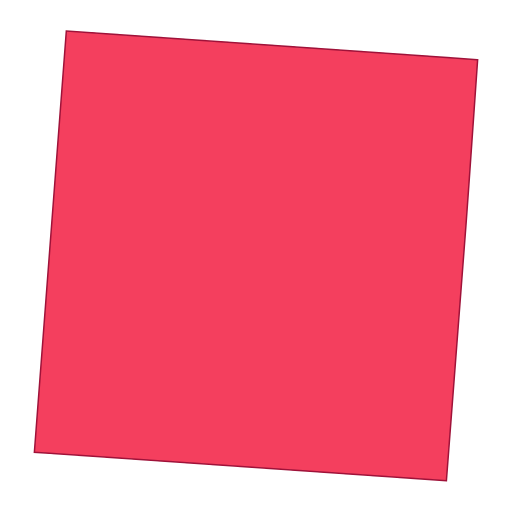 outline of Graham, Kansas, United States of America, rotated 4°
{"feature_id": "52423323B5145566427534", "entity_name": "Graham", "entity_type": "district", "adm_level": 2, "iso_a3": "USA", "parent_name": "United States of America", "parent_adm1": "Kansas", "projection": "equal_earth", "projection_center": [-99.853, 39.35], "detail": "fine", "context": "isolated", "style": "filled", "palette": "rose", "viewbox_px": 512, "rotation_deg": 4, "n_neighbors": 0, "source": "geoboundaries", "source_scale": "gbopen_adm2", "svg_char_len": 269}
<svg xmlns="http://www.w3.org/2000/svg" viewBox="0 0 512 512"><g transform="rotate(4 256 256)"><path d="M51.1,44.8L48.6,467.3L60.6,467.2L461.6,466.9L463.3,212.6L463.4,170.5L463.4,44.8L444.4,44.7L51.1,44.8Z" fill="#f43f5e" stroke="#9f1239" stroke-width="1.5"/></g></svg>